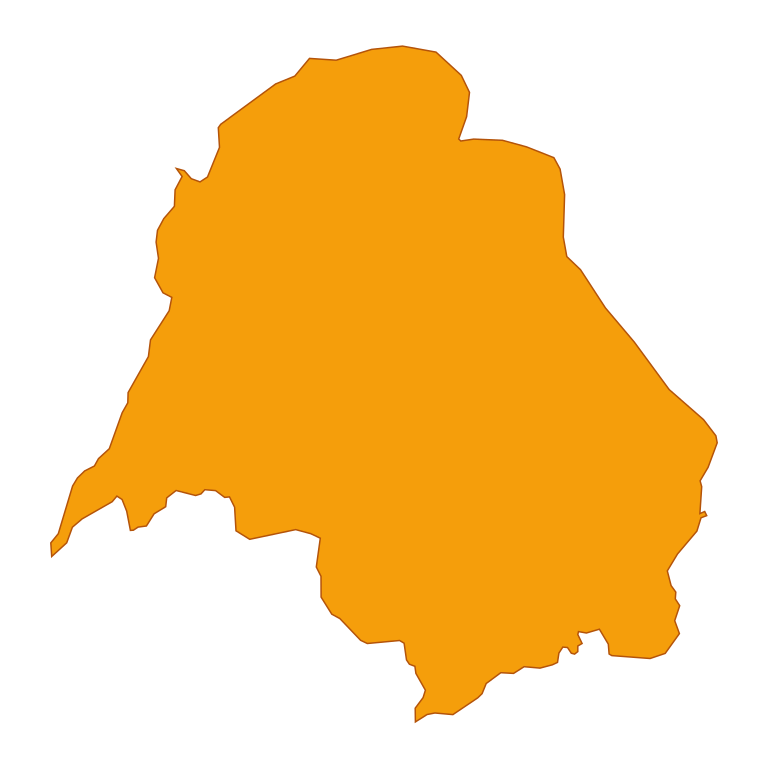 Yomou, Yomou, Guinea (Mercator projection)
{"feature_id": "49546643B93814621089544", "entity_name": "Yomou", "entity_type": "district", "adm_level": 2, "iso_a3": "GIN", "parent_name": "Guinea", "parent_adm1": "Yomou", "projection": "mercator", "projection_center": [-9.137, 7.537], "detail": "medium", "context": "isolated", "style": "filled", "palette": "amber", "viewbox_px": 768, "rotation_deg": 0, "n_neighbors": 0, "source": "geoboundaries", "source_scale": "gbopen_adm2", "svg_char_len": 1912}
<svg xmlns="http://www.w3.org/2000/svg" viewBox="0 0 768 768"><path d="M176.4,168.5L182.1,176.5L175.1,189.8L174.4,206.3L163.8,218.6L157.5,230.3L156.1,242.1L158.5,258.3L154.6,277.7L163.0,292.8L171.8,297.4L169.2,310.7L150.5,339.9L148.4,356.6L128.1,392.6L127.8,402.8L122.2,412.7L109.3,448.7L98.5,458.6L94.4,466.0L84.7,470.9L77.5,477.9L72.6,486.0L58.3,533.7L50.8,542.9L51.7,556.5L66.7,542.8L72.4,527.2L82.1,518.9L112.2,501.7L116.9,496.1L122.1,499.5L126.7,511.2L130.4,530.4L133.4,530.2L138.1,527.1L146.4,526.0L154.1,513.8L165.7,506.7L166.7,497.9L176.1,490.5L195.6,495.5L201.0,493.9L204.8,489.7L215.6,490.6L224.7,497.4L229.5,496.9L234.6,507.2L236.0,530.8L249.7,539.3L295.7,529.6L310.8,533.7L320.3,538.2L316.3,567.0L321.0,576.3L321.1,597.1L331.8,614.2L339.9,618.6L360.6,640.3L367.3,643.5L399.6,640.5L404.1,643.2L406.5,659.9L409.4,664.2L414.9,666.3L415.9,673.4L425.4,690.2L423.1,697.6L415.2,708.2L415.4,721.9L427.1,714.5L434.9,713.0L452.9,714.6L477.8,697.8L482.1,693.6L486.2,683.5L500.8,672.7L513.6,673.4L524.1,666.7L540.0,668.1L552.4,664.8L557.5,662.4L558.9,653.1L562.8,647.1L567.5,647.5L571.3,653.2L574.6,654.1L577.8,651.6L577.8,646.0L582.1,643.5L577.8,634.5L578.5,631.6L586.4,633.0L599.4,629.2L608.3,644.1L609.1,654.0L611.8,655.6L650.1,658.5L665.2,653.4L679.4,633.6L674.7,620.7L679.7,605.7L675.3,598.9L675.8,592.1L671.1,585.6L667.3,570.9L677.5,554.0L696.9,531.1L701.0,517.8L706.7,515.6L704.7,511.5L699.9,513.6L701.7,486.7L700.1,480.8L708.1,467.3L717.2,442.8L715.9,435.8L703.6,419.7L669.2,389.6L634.3,342.1L605.4,307.9L580.5,269.7L566.8,256.6L563.3,237.1L564.6,194.6L560.1,169.1L553.9,157.7L526.6,146.9L502.5,140.3L473.7,139.1L460.8,141.0L458.7,139.0L466.6,116.7L469.5,92.4L461.3,75.4L436.0,52.1L402.5,46.1L371.6,49.4L336.2,60.2L309.5,58.4L294.8,76.1L275.7,83.9L220.7,124.3L218.3,127.7L219.5,147.4L207.5,177.0L200.0,181.9L191.3,178.7L184.3,170.7L176.4,168.5Z" fill="#f59e0b" stroke="#b45309" stroke-width="1.5"/></svg>